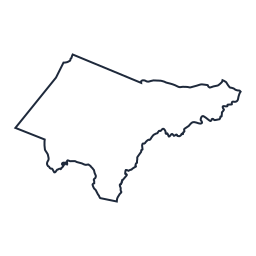 the district of San Jeronimo, Copán, Honduras
{"feature_id": "27666195B76095936312839", "entity_name": "San Jeronimo", "entity_type": "district", "adm_level": 2, "iso_a3": "HND", "parent_name": "Honduras", "parent_adm1": "Copán", "projection": "orthographic", "projection_center": [-88.881, 14.954], "detail": "fine", "context": "isolated", "style": "outline", "palette": "slate", "viewbox_px": 256, "rotation_deg": 0, "n_neighbors": 0, "source": "geoboundaries", "source_scale": "gbopen_adm2", "svg_char_len": 5781}
<svg xmlns="http://www.w3.org/2000/svg" viewBox="0 0 256 256"><path d="M116.8,201.5L116.9,200.2L117.1,198.9L117.4,198.0L117.7,197.3L119.6,194.2L120.4,193.3L121.1,192.6L121.3,192.2L121.3,191.8L120.9,191.1L120.7,190.5L120.6,189.6L120.7,188.1L120.5,187.5L120.1,186.6L119.9,185.9L119.8,185.1L119.9,184.5L120.1,184.3L120.3,184.3L120.7,184.4L121.0,184.2L121.1,183.9L121.0,183.5L121.1,183.2L121.7,182.8L121.8,182.6L121.9,182.2L121.7,181.7L121.9,181.2L122.2,181.0L122.3,180.8L122.3,180.6L122.1,180.3L122.2,180.0L122.4,179.9L122.7,180.0L123.0,179.7L126.3,175.8L126.8,175.0L126.8,174.7L126.3,174.1L126.0,173.9L125.5,174.0L125.3,173.9L125.2,173.8L125.2,173.4L125.3,172.1L125.6,170.4L125.9,170.0L126.4,170.0L127.5,170.3L128.4,170.8L130.4,169.8L131.2,169.7L131.6,169.5L132.2,168.9L132.5,168.6L133.9,167.7L135.9,166.5L135.9,166.3L135.6,166.2L135.4,166.0L135.5,165.2L135.7,164.3L136.0,163.5L136.3,163.2L136.7,163.0L137.0,162.7L137.0,162.2L137.0,161.1L137.3,159.0L137.2,158.0L137.3,157.3L137.6,156.8L138.3,155.8L141.1,151.9L141.2,151.5L141.2,150.7L141.3,150.2L141.7,149.9L142.3,149.7L142.5,149.4L142.5,149.2L142.1,145.5L142.3,144.5L142.5,144.0L142.7,143.7L143.1,143.5L144.1,143.6L144.7,143.3L145.1,143.0L145.7,142.1L146.3,141.4L147.2,140.6L148.0,140.0L148.9,139.7L149.1,139.7L149.5,139.9L149.8,139.8L150.9,138.6L151.3,137.7L151.7,137.2L152.9,135.6L153.7,134.8L154.6,134.3L156.0,133.6L157.3,133.2L157.6,132.9L158.2,131.9L158.9,131.0L159.3,130.8L160.1,131.0L160.7,130.8L161.2,130.4L161.7,129.7L162.0,129.4L163.0,128.8L163.3,128.8L163.7,128.9L164.2,129.3L164.6,129.8L165.1,130.6L165.5,131.5L165.6,132.0L165.6,132.9L165.7,133.4L166.1,133.8L166.4,133.9L166.7,133.8L167.1,133.4L167.3,133.4L167.4,133.5L168.0,134.7L168.5,136.0L168.9,136.5L169.1,136.5L169.6,136.3L171.4,134.2L171.7,134.1L172.1,134.0L172.3,134.1L172.5,134.2L174.0,135.8L174.7,135.5L175.4,135.1L176.2,134.6L176.5,134.6L176.9,134.8L177.1,135.5L177.5,135.9L178.4,136.1L179.3,136.2L179.9,136.0L180.7,135.4L181.0,135.1L181.4,134.2L181.9,133.7L182.3,133.6L182.5,133.7L182.7,134.1L182.8,134.1L183.0,134.0L183.1,133.4L183.1,132.8L183.1,132.6L183.2,132.4L183.9,132.0L184.4,131.3L184.4,131.0L184.2,130.4L184.1,129.9L184.2,129.2L184.4,128.9L184.9,128.5L188.8,125.9L189.7,124.8L190.7,123.7L191.6,122.9L192.2,122.5L193.0,122.2L194.1,122.1L196.1,122.5L198.6,123.3L199.6,123.5L200.3,123.6L200.8,123.5L201.3,123.4L201.7,123.1L201.9,122.9L202.0,122.7L201.9,121.9L201.5,121.1L200.8,120.3L200.7,119.9L200.7,119.5L200.9,118.3L201.3,117.3L201.7,116.7L202.3,116.2L202.8,116.1L203.2,116.1L204.2,116.6L206.1,117.9L209.0,120.2L209.8,120.7L210.3,121.0L210.7,120.9L211.3,120.5L211.5,120.1L211.6,119.6L211.7,119.3L211.9,119.1L212.3,118.9L212.7,118.9L213.1,119.0L213.4,119.2L214.0,119.8L214.3,120.0L214.7,120.1L216.1,119.9L219.5,119.2L220.1,118.2L220.3,117.1L220.5,116.6L220.9,116.4L221.4,116.5L221.6,116.3L221.9,113.7L221.9,112.6L222.0,112.2L222.6,111.6L223.1,111.0L223.6,110.3L223.9,109.7L223.8,109.3L223.2,108.6L222.8,107.6L222.7,107.0L222.8,106.5L223.2,106.2L223.9,106.1L226.1,106.4L227.1,106.3L227.3,106.2L227.5,105.8L227.4,105.4L227.4,105.1L227.5,104.9L227.7,104.7L228.4,104.6L231.2,104.5L231.8,104.3L231.8,103.2L231.9,102.4L232.1,102.1L232.4,101.8L233.1,101.6L234.2,101.8L235.2,101.8L236.3,101.5L236.9,101.1L237.5,100.4L237.9,99.6L238.1,98.8L238.5,96.7L239.1,94.7L239.7,93.1L240.6,91.7L239.9,90.9L239.5,90.6L238.7,90.5L237.4,90.4L236.1,90.0L235.2,89.6L234.2,88.8L233.5,88.4L231.6,87.8L230.3,87.6L229.8,87.4L229.5,87.1L228.1,85.3L227.2,83.9L226.3,82.4L225.9,82.0L224.1,80.9L222.5,80.2L222.2,81.5L221.8,82.2L220.1,83.8L218.4,85.2L217.4,85.6L213.5,86.4L210.8,87.3L210.0,87.5L209.7,87.5L209.3,87.3L208.4,86.6L208.1,86.1L207.9,85.4L207.6,85.1L204.8,84.7L202.2,84.4L201.1,84.4L199.8,84.7L196.7,85.7L190.4,87.4L189.6,87.4L187.7,87.0L186.2,86.9L182.9,86.8L181.9,86.9L180.6,87.1L179.5,87.1L178.6,86.9L177.9,86.6L175.0,85.2L172.6,84.3L170.6,83.7L166.7,82.7L165.8,82.4L164.4,81.7L163.1,81.3L161.6,80.9L160.5,80.7L153.5,80.4L150.8,81.0L148.7,81.6L147.9,81.6L147.1,81.5L146.6,81.4L145.5,80.8L144.8,80.5L143.7,80.3L143.0,80.3L142.4,80.4L141.8,80.7L141.4,81.0L141.1,81.4L141.2,82.9L72.7,54.5L72.1,55.8L71.4,58.0L71.2,58.3L70.8,58.5L70.6,58.7L70.2,60.4L70.1,60.6L68.4,61.6L67.0,62.2L64.8,62.6L63.5,62.6L56.0,77.6L15.4,127.9L44.7,139.5L44.5,141.9L44.5,145.4L44.9,149.3L45.0,149.8L45.3,150.4L47.0,153.0L47.7,154.2L47.9,154.8L48.6,158.1L48.6,159.2L48.4,160.0L48.2,160.5L47.6,161.4L47.2,162.4L47.0,163.6L47.1,164.4L47.4,165.1L47.9,165.9L48.0,166.1L48.6,166.4L49.1,166.8L49.4,167.2L49.7,167.8L50.1,168.2L50.8,168.6L51.8,168.6L52.5,169.2L53.8,171.6L54.1,172.1L54.3,172.3L54.6,172.3L54.9,172.3L55.4,172.0L57.0,169.9L57.3,169.6L58.2,169.4L59.0,168.9L59.4,168.8L60.2,168.7L60.4,168.8L60.7,169.1L60.9,169.0L61.4,168.0L62.0,167.6L62.3,167.3L63.2,166.2L63.6,165.3L63.7,165.0L63.6,164.8L63.4,164.8L63.1,165.0L62.8,165.0L62.4,164.8L62.1,164.4L62.0,164.0L62.1,163.6L62.3,163.2L62.7,162.9L63.2,162.7L63.6,162.7L64.0,162.7L64.3,162.9L64.5,163.2L64.6,163.5L64.5,163.8L64.2,164.0L64.3,164.4L64.6,164.5L64.9,164.3L65.3,163.8L65.4,163.3L65.2,162.9L65.2,162.6L65.4,162.5L65.8,162.5L66.1,162.7L66.3,163.0L66.9,164.3L67.0,164.4L67.2,164.1L67.2,163.7L67.0,162.4L67.1,161.1L67.2,160.7L67.6,160.4L67.9,160.4L70.2,161.2L73.3,161.1L74.2,161.1L75.1,161.2L75.6,161.4L76.7,162.0L81.9,163.4L83.8,164.3L85.3,164.8L86.2,164.8L87.0,164.7L88.2,164.5L88.5,164.5L89.2,165.1L90.4,165.9L91.4,167.2L92.3,168.0L93.2,169.2L93.8,169.9L94.0,170.3L94.6,172.9L95.1,174.1L95.7,175.4L95.8,175.8L95.8,176.6L95.6,177.3L95.3,178.0L95.0,178.3L94.3,178.8L94.0,179.2L93.8,179.7L93.8,180.1L94.1,180.7L94.2,181.2L94.2,183.3L93.5,183.5L92.9,184.0L92.6,184.4L92.6,184.9L93.2,186.7L94.1,188.5L94.5,188.9L95.2,189.5L95.8,190.2L98.0,194.5L98.9,195.6L99.3,196.7L100.2,198.1L116.8,201.5Z" fill="none" stroke="#1e293b" stroke-width="2"/></svg>